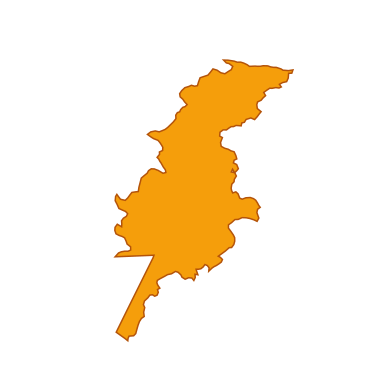 outline of Presidente Juscelino, Maranhão, Brazil, rotated 36°
{"feature_id": "56859067B299836344179", "entity_name": "Presidente Juscelino", "entity_type": "district", "adm_level": 2, "iso_a3": "BRA", "parent_name": "Brazil", "parent_adm1": "Maranhão", "projection": "orthographic", "projection_center": [-44.075, -3.099], "detail": "fine", "context": "isolated", "style": "filled", "palette": "amber", "viewbox_px": 384, "rotation_deg": 36, "n_neighbors": 0, "source": "geoboundaries", "source_scale": "gbopen_adm2", "svg_char_len": 3507}
<svg xmlns="http://www.w3.org/2000/svg" viewBox="0 0 384 384"><g transform="rotate(36 192 192)"><path d="M140.0,66.7L143.9,67.4L146.5,66.3L151.1,66.4L151.9,69.9L150.7,72.7L149.1,77.0L145.2,78.6L140.7,78.7L136.6,80.1L136.5,83.9L136.2,88.1L133.9,91.3L131.4,94.8L132.6,99.1L133.9,102.8L131.9,104.9L128.8,106.0L127.3,108.6L124.9,111.8L124.1,116.0L124.2,119.7L126.5,122.0L130.2,122.4L132.9,123.4L136.7,124.2L136.2,127.0L134.8,128.9L134.4,132.0L134.9,134.4L133.5,136.4L133.7,139.4L135.9,142.1L135.7,146.5L134.4,154.0L133.5,157.1L131.9,159.8L130.1,162.6L126.4,164.2L123.3,167.6L122.1,171.6L126.7,171.6L129.6,171.4L134.1,170.2L136.7,170.8L139.9,172.0L142.1,173.0L143.8,175.7L142.1,178.8L143.6,180.6L143.4,184.5L145.7,184.9L147.8,186.0L150.1,186.8L154.2,188.7L157.4,189.7L159.4,191.6L157.5,193.9L152.0,194.4L147.9,195.5L145.4,197.2L144.3,200.3L144.7,203.1L143.6,207.2L142.8,210.6L144.8,215.6L146.3,219.4L148.3,223.2L145.9,225.4L143.6,227.7L143.5,230.7L143.5,234.6L142.9,238.0L138.4,239.9L135.3,239.0L132.6,238.1L132.8,240.5L135.0,244.2L138.8,246.1L142.6,248.3L146.6,247.5L149.6,246.8L152.7,247.4L153.2,250.3L151.9,253.5L151.9,256.7L153.9,259.0L155.5,261.5L150.5,262.0L150.5,265.8L152.2,268.5L155.1,270.5L158.5,270.0L161.7,269.0L164.4,268.7L167.3,270.3L170.2,272.3L174.5,272.4L176.5,275.0L175.1,277.5L172.4,279.4L169.9,282.0L168.4,284.5L167.9,289.6L198.4,265.5L199.2,268.3L208.9,325.6L213.1,350.0L223.9,349.9L227.5,350.1L226.3,348.0L225.8,345.6L229.3,342.6L229.7,339.6L227.9,334.9L226.7,331.6L225.6,327.7L225.4,324.0L226.5,320.8L223.5,317.6L221.7,313.3L218.9,311.7L217.6,308.1L218.5,303.5L218.5,300.2L220.4,298.4L223.1,298.2L224.4,296.0L223.7,293.0L221.4,291.2L222.5,288.7L219.1,287.5L216.9,286.1L215.9,283.9L217.1,281.0L219.4,276.3L220.8,273.2L223.5,270.2L225.3,266.0L227.9,265.1L231.8,265.6L233.9,266.8L237.7,266.6L239.7,263.3L242.5,261.7L245.5,262.5L244.9,259.3L242.8,256.8L245.4,255.5L242.8,253.7L240.7,252.1L242.6,250.7L244.3,248.9L245.1,246.0L245.1,243.1L247.6,242.5L250.4,243.3L252.1,246.2L252.9,241.8L253.7,239.5L255.0,237.0L256.2,233.8L256.9,231.4L256.3,228.7L253.4,228.2L251.0,228.5L253.7,220.2L254.8,215.2L256.7,213.6L256.7,209.9L255.5,206.7L253.4,203.9L250.8,202.5L246.6,201.0L242.7,199.8L240.8,197.1L242.0,193.6L242.9,189.1L245.5,187.0L247.6,183.3L251.0,181.0L254.2,179.5L258.5,178.1L261.9,177.5L261.4,173.8L258.7,172.0L256.5,170.4L255.2,167.4L256.2,164.3L253.8,163.6L251.7,162.5L248.4,161.2L245.7,161.2L242.4,162.2L239.0,165.0L236.8,168.3L234.2,168.9L230.3,166.4L227.4,166.1L225.5,168.8L223.4,167.7L221.5,166.0L219.6,162.3L220.0,159.0L218.8,156.9L218.5,153.0L215.2,151.3L215.7,148.3L215.8,145.9L212.0,143.5L208.4,144.1L207.4,141.5L208.8,138.9L206.0,136.7L202.4,134.7L199.3,135.8L196.2,136.1L192.7,137.4L188.8,137.9L186.0,135.2L184.6,130.1L181.5,130.5L179.5,127.2L180.7,123.4L183.4,121.5L184.2,118.8L185.2,116.2L187.2,114.6L188.5,112.3L190.9,110.8L192.9,109.6L191.7,106.9L193.4,104.8L193.1,101.5L196.1,97.5L200.1,96.6L200.5,92.7L200.5,89.7L200.7,86.4L195.8,86.1L193.1,83.3L192.1,80.6L194.0,77.1L194.2,74.1L194.9,70.8L191.5,69.3L192.6,65.9L193.9,62.3L195.8,61.1L198.4,58.3L201.3,56.7L202.5,54.5L199.4,53.5L201.0,50.2L203.7,47.1L202.9,43.3L200.4,39.2L202.9,37.2L201.9,33.9L198.7,37.1L196.2,38.6L194.0,40.0L191.7,40.1L187.0,41.6L184.6,43.3L182.0,44.6L179.2,45.4L175.4,48.0L173.4,50.1L171.1,51.8L169.0,53.1L164.6,56.6L161.7,56.6L158.1,57.3L155.1,58.3L152.3,60.4L149.1,61.4L143.8,64.1L140.0,66.7ZM215.2,151.3L212.0,152.7L211.4,149.7L215.2,151.3Z" fill="#f59e0b" stroke="#b45309" stroke-width="1.5"/></g></svg>